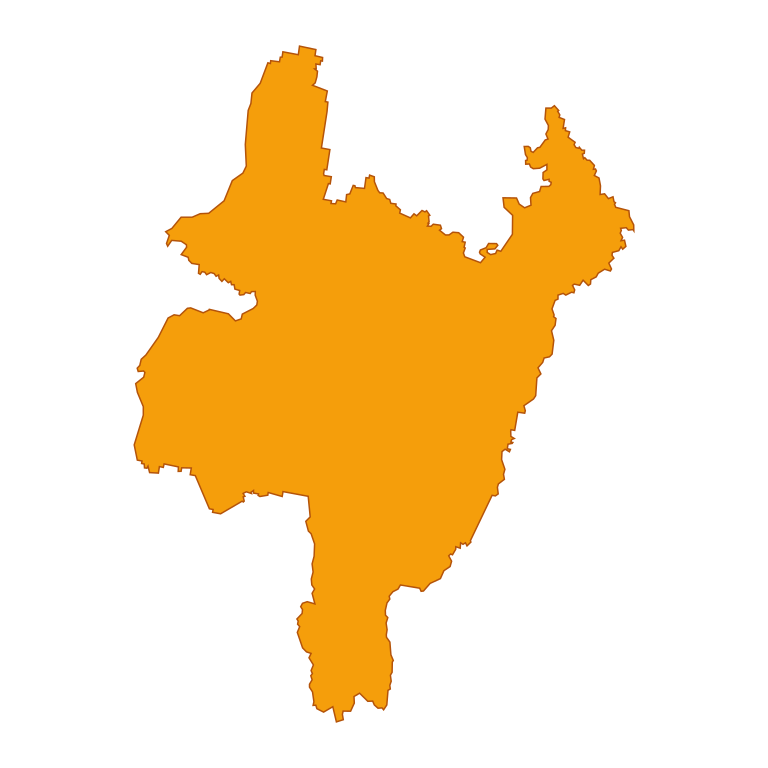 Queanbeyan-Palerang, New South Wales, Australia (Equal Earth projection)
{"feature_id": "25037944B93129192801754", "entity_name": "Queanbeyan-Palerang", "entity_type": "district", "adm_level": 2, "iso_a3": "AUS", "parent_name": "Australia", "parent_adm1": "New South Wales", "projection": "equal_earth", "projection_center": [149.699, -35.456], "detail": "fine", "context": "isolated", "style": "filled", "palette": "amber", "viewbox_px": 768, "rotation_deg": 0, "n_neighbors": 0, "source": "geoboundaries", "source_scale": "gbopen_adm2", "svg_char_len": 6107}
<svg xmlns="http://www.w3.org/2000/svg" viewBox="0 0 768 768"><path d="M524.7,413.2L525.3,410.7L523.9,405.7L533.5,399.0L535.7,395.7L536.9,377.9L540.9,373.9L538.0,367.8L542.7,362.4L544.1,358.0L549.5,356.8L552.1,354.1L553.8,340.3L551.5,330.7L555.1,325.3L556.0,318.5L553.6,316.7L554.1,315.0L552.0,308.9L555.1,300.4L558.0,299.1L558.0,295.1L563.2,293.4L565.8,295.1L571.6,292.2L573.9,292.8L574.7,289.9L572.5,285.4L574.2,284.1L579.7,285.3L583.1,280.2L588.3,285.5L590.5,284.0L590.8,279.7L596.2,276.9L598.2,273.2L604.6,269.2L610.4,271.0L611.5,269.0L608.8,263.1L613.9,258.2L612.0,255.3L612.4,252.4L618.8,250.7L621.0,246.8L622.7,249.2L625.9,246.4L624.5,240.2L621.0,240.7L622.6,237.4L620.2,233.2L621.3,230.5L620.6,228.3L626.3,227.7L628.4,230.1L633.0,229.6L633.8,230.8L633.7,224.9L629.5,216.7L628.9,210.7L615.7,207.3L614.5,204.2L615.5,202.8L614.0,201.7L613.0,196.8L608.4,198.6L604.6,193.8L600.1,194.5L600.5,185.9L599.0,178.0L594.3,175.5L596.4,170.9L595.5,169.0L593.4,169.3L594.4,165.4L589.7,160.3L587.1,160.2L584.8,157.7L583.5,158.7L582.4,154.1L584.3,153.3L584.5,150.2L581.8,150.2L579.3,147.2L578.9,148.3L575.8,147.5L574.1,144.7L575.1,142.3L568.1,137.2L569.7,131.9L565.4,130.6L565.6,127.8L563.1,128.4L564.5,119.5L559.1,117.4L559.8,114.9L557.7,111.3L558.7,110.5L554.4,105.7L551.3,108.1L545.9,108.1L545.0,119.1L548.4,125.5L548.2,129.5L545.9,134.0L548.0,139.0L545.2,140.0L539.9,147.3L537.5,147.8L533.2,152.4L531.0,151.3L530.3,147.8L528.3,146.4L524.2,146.5L525.5,154.6L527.4,157.7L527.1,160.2L525.6,160.5L525.7,164.2L529.4,164.0L530.6,167.0L533.3,168.7L539.7,168.2L546.9,164.4L546.9,169.9L543.1,172.5L542.9,178.9L544.0,180.5L549.1,179.3L549.1,181.3L551.2,182.3L550.8,184.7L548.9,186.4L541.1,186.5L539.6,191.5L532.8,193.4L530.5,197.6L531.0,205.2L524.6,207.8L519.2,204.1L516.5,198.0L503.0,197.8L504.1,207.3L512.6,215.3L512.4,234.3L500.8,251.3L497.1,250.1L495.6,253.5L490.6,254.6L487.2,252.4L487.2,249.4L494.9,248.9L497.8,245.3L496.5,243.6L488.6,243.5L486.1,247.7L480.4,250.0L479.5,252.2L480.2,253.9L485.1,257.2L480.5,262.7L464.8,256.8L463.4,253.0L465.2,248.0L464.1,247.3L465.2,242.2L462.2,241.6L463.5,237.2L458.7,232.7L452.9,232.2L449.1,234.9L445.5,235.0L439.5,230.2L441.5,228.7L440.4,225.2L433.3,224.2L431.1,226.3L427.4,226.1L428.9,223.5L428.0,223.1L429.1,221.9L428.5,215.9L429.8,215.3L426.6,210.7L425.0,211.9L422.0,210.5L416.7,215.8L414.0,213.8L410.4,217.9L399.7,213.1L400.4,209.8L395.8,205.8L396.0,204.0L390.8,203.3L389.7,199.5L386.6,198.5L383.1,193.0L379.7,192.8L377.9,190.4L374.4,181.7L374.3,176.8L369.6,175.1L369.0,178.1L366.0,177.6L364.5,188.4L355.4,187.6L354.9,185.7L353.2,185.4L349.8,193.9L346.6,194.6L345.8,201.9L337.2,200.0L335.6,203.8L331.0,203.5L331.5,200.8L323.3,199.3L328.4,183.6L330.2,183.9L331.3,176.7L324.1,175.5L323.6,173.8L324.3,169.4L326.8,169.8L329.9,149.6L321.4,148.0L327.0,111.8L327.9,102.1L325.3,101.6L327.3,91.0L312.5,85.3L315.2,82.9L316.9,76.8L317.5,71.2L314.6,68.9L316.2,68.7L315.9,64.0L320.1,64.7L320.7,60.8L322.4,61.1L322.6,57.5L315.0,55.7L315.9,49.6L299.5,46.1L298.3,54.7L282.9,51.8L282.1,57.1L280.3,57.2L279.5,61.8L270.7,60.7L270.4,63.5L267.9,62.8L260.2,83.3L252.0,93.0L250.9,103.5L248.2,110.4L245.3,144.5L246.3,166.1L242.9,173.1L232.3,180.6L224.1,200.8L208.7,213.3L200.2,213.7L192.2,217.2L181.1,217.2L171.9,228.4L165.7,231.7L169.3,235.4L166.5,243.5L167.7,246.2L171.7,240.4L181.2,241.2L186.4,244.7L186.6,247.2L181.2,254.6L188.2,257.3L188.8,260.3L191.8,263.4L199.2,264.6L198.5,273.3L200.2,274.3L202.1,271.6L204.8,272.2L206.6,274.7L210.8,272.5L214.2,273.6L216.1,276.3L218.6,275.0L219.1,278.4L221.9,281.4L224.3,278.8L228.3,282.7L230.7,281.4L231.5,284.7L234.1,284.7L234.9,289.1L239.7,290.5L239.1,294.1L240.0,295.1L243.8,294.6L245.6,292.5L250.2,293.5L251.5,291.6L255.3,291.5L255.2,295.2L257.4,301.2L256.8,305.0L253.2,308.5L242.3,314.1L241.2,318.9L235.4,320.9L228.4,313.8L208.7,309.2L209.5,309.8L203.2,312.8L190.7,307.9L187.4,308.3L179.6,315.7L174.1,314.8L168.1,318.0L158.3,337.4L145.9,355.0L141.2,359.3L139.8,365.4L137.2,368.2L138.2,371.5L143.6,371.0L144.9,372.4L143.7,377.2L135.7,383.6L137.4,392.4L143.3,406.6L143.3,415.2L134.2,444.9L137.3,460.1L142.0,461.0L141.6,463.5L144.2,464.0L144.5,467.9L146.9,468.2L148.0,466.1L149.6,472.6L158.4,473.1L159.4,466.6L163.3,467.4L164.1,463.9L178.4,466.9L178.2,471.4L181.1,471.3L181.7,467.8L191.3,468.0L190.2,474.7L195.3,475.6L209.4,508.8L213.1,509.5L212.6,512.3L220.6,513.8L242.1,501.2L243.3,502.0L244.2,501.1L243.2,496.8L244.9,496.3L243.1,493.4L246.3,491.8L251.4,493.5L250.9,492.3L253.5,490.5L253.5,493.1L258.5,493.9L258.1,495.4L259.9,496.5L267.8,495.2L268.2,492.5L282.2,496.5L283.0,491.6L308.2,496.3L310.2,516.9L305.8,521.3L308.4,531.1L311.1,533.7L314.6,543.9L314.1,556.3L312.1,563.9L313.1,572.0L311.3,579.0L311.8,584.9L314.6,589.0L312.1,593.3L314.9,603.9L307.2,601.7L302.5,603.3L300.7,606.7L302.5,609.6L302.1,613.5L296.9,619.0L298.2,621.0L297.6,624.2L299.7,626.6L297.3,632.4L302.6,647.9L306.5,651.9L311.1,653.4L309.0,657.8L313.4,664.9L311.1,670.6L312.4,673.6L310.8,675.7L312.1,679.8L309.5,684.2L309.5,687.2L312.5,691.9L313.9,701.7L313.1,705.4L315.8,705.2L316.9,708.7L323.6,712.1L332.8,706.7L336.4,721.9L343.3,719.7L342.4,714.4L343.1,711.1L350.6,711.2L354.3,703.1L354.0,696.5L359.6,693.2L367.8,701.3L372.7,701.1L374.3,704.9L378.0,708.2L382.0,707.9L383.6,709.8L386.8,705.0L388.0,690.3L390.3,689.0L389.8,685.3L391.2,681.3L390.4,675.2L392.1,672.3L392.3,662.1L393.3,660.5L390.9,654.8L389.9,642.1L386.5,637.3L386.3,634.8L387.1,629.7L386.1,623.0L387.8,617.6L385.5,615.2L385.3,610.4L387.0,602.9L389.8,599.1L389.2,596.2L392.9,591.7L398.0,589.1L400.4,585.0L419.7,588.2L421.1,591.3L423.5,591.0L430.1,583.4L440.4,578.6L443.9,570.7L450.1,566.5L451.6,561.2L448.7,555.8L450.6,554.0L452.5,554.8L455.7,549.3L455.8,546.7L460.2,548.2L460.6,542.8L463.0,544.3L465.5,542.8L467.0,545.9L470.9,542.1L470.4,540.6L492.1,495.3L495.4,495.9L498.2,493.9L497.4,487.3L498.4,483.9L504.4,479.3L503.5,474.3L504.9,469.3L501.6,459.6L502.0,451.6L505.1,449.2L509.4,451.8L510.4,449.4L507.3,448.7L508.0,444.2L512.2,443.4L512.8,442.5L510.9,442.1L511.6,439.6L514.3,438.5L510.9,436.4L510.7,431.3L511.0,429.7L514.7,430.4L517.8,412.2L524.7,413.2Z" fill="#f59e0b" stroke="#b45309" stroke-width="1.5"/></svg>